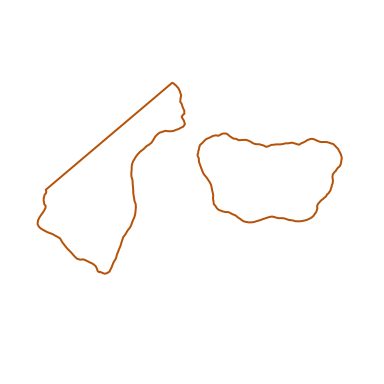 the district of North Thiladhunmathe, Maldives, rotated 140°
{"feature_id": "70690204B83662482201246", "entity_name": "North Thiladhunmathe", "entity_type": "district", "adm_level": 2, "iso_a3": "MDV", "parent_name": "Maldives", "parent_adm1": "", "projection": "mercator", "projection_center": [72.988, 6.959], "detail": "fine", "context": "isolated", "style": "outline", "palette": "amber", "viewbox_px": 384, "rotation_deg": 140, "n_neighbors": 0, "source": "geoboundaries", "source_scale": "gbopen_adm2", "svg_char_len": 4115}
<svg xmlns="http://www.w3.org/2000/svg" viewBox="0 0 384 384"><g transform="rotate(140 192 192)"><path d="M302.4,287.7L303.5,285.8L304.5,285.0L306.5,284.7L308.1,283.6L309.6,282.5L311.0,281.0L312.1,279.1L313.0,277.5L313.0,275.6L314.3,274.1L317.5,272.7L320.0,272.0L322.8,271.3L325.4,270.5L328.4,269.1L330.8,266.8L331.6,264.1L331.4,261.8L330.6,259.1L328.7,254.4L327.2,251.7L325.9,249.5L324.8,246.4L323.7,243.7L322.9,241.2L323.3,238.9L323.7,236.6L323.8,233.5L323.9,231.1L323.9,228.4L323.6,225.1L323.4,222.4L323.4,219.6L323.3,217.4L322.9,214.7L321.9,213.2L321.4,212.3L320.7,211.7L318.5,210.2L317.2,207.7L315.5,203.7L314.3,201.3L313.7,198.8L313.5,197.0L313.9,195.1L314.7,193.0L315.1,191.8L314.6,190.3L313.7,189.8L312.8,188.0L311.6,185.7L309.5,184.5L306.3,184.1L301.8,186.1L298.6,187.9L296.3,188.9L293.8,189.7L291.9,190.7L289.8,192.3L287.4,193.5L284.8,195.0L281.2,196.8L278.3,198.8L273.7,201.6L270.2,202.4L266.4,203.8L262.6,204.6L260.4,205.4L256.2,207.9L252.4,209.7L249.7,211.6L247.4,213.8L244.6,216.6L242.7,219.3L242.0,221.7L239.9,225.2L237.9,228.6L235.7,231.4L234.0,233.8L232.4,236.1L229.9,239.4L228.5,242.7L226.6,245.2L223.6,248.2L222.0,250.1L220.1,251.8L217.3,253.4L214.0,254.5L211.7,255.3L209.2,255.8L207.7,256.0L206.0,256.2L201.7,256.0L197.3,256.4L194.7,255.9L191.3,255.8L188.0,256.8L184.5,258.1L181.3,258.4L178.8,258.3L175.9,257.1L172.9,255.9L172.0,254.7L169.9,252.7L167.4,250.9L164.5,249.9L161.4,248.8L158.5,248.2L156.6,247.7L153.9,248.5L152.4,251.7L151.9,255.0L151.5,256.3L149.5,256.9L147.6,256.9L145.6,259.3L144.8,262.5L143.2,266.4L143.0,268.7L140.5,271.2L138.2,273.0L136.6,276.8L135.7,280.3L135.8,282.3L135.8,284.1L136.2,285.9L136.4,287.3L137.1,288.4L302.4,287.7ZM183.0,166.4L183.3,164.1L183.3,162.7L182.9,160.7L182.1,159.6L181.4,158.1L180.6,157.0L179.2,155.0L177.9,154.0L176.8,152.8L176.2,151.4L175.6,149.8L174.8,148.0L174.2,147.2L173.7,146.0L173.4,144.4L173.2,143.2L172.8,141.6L172.3,140.2L171.8,137.9L171.1,136.0L169.5,134.0L168.2,132.4L167.3,131.6L165.1,129.9L163.4,129.0L161.2,128.1L159.0,127.1L157.5,126.5L155.2,125.7L151.7,124.3L148.5,123.0L146.4,121.7L144.9,119.7L144.1,118.4L142.3,116.1L139.8,114.1L138.0,112.1L136.8,110.0L135.7,108.3L134.1,106.6L133.2,105.6L132.2,104.2L131.5,103.0L130.1,101.9L128.5,100.4L126.3,99.0L124.1,97.8L122.0,96.8L118.7,95.9L116.7,95.6L114.4,95.6L111.6,96.4L109.9,96.8L108.2,97.7L106.7,98.7L105.9,99.9L105.3,100.7L104.3,101.3L103.1,101.9L100.5,102.3L98.0,102.6L96.3,102.4L94.7,102.6L92.8,102.4L91.3,102.8L90.0,103.3L88.0,103.3L86.6,103.8L85.3,104.1L84.7,104.4L83.1,105.5L81.8,106.2L80.5,107.3L79.0,108.1L77.7,109.1L76.6,110.3L75.7,111.7L74.8,113.2L73.7,114.2L72.6,115.1L71.2,115.4L69.8,115.7L68.4,115.7L66.8,116.3L64.4,116.8L62.6,116.7L60.7,117.4L59.1,118.5L57.5,120.0L55.6,121.6L54.6,123.2L53.8,125.1L53.3,126.9L52.9,129.0L52.4,131.3L52.6,133.6L52.7,135.8L53.0,138.1L54.2,139.7L54.8,140.9L55.8,142.4L56.7,143.7L57.8,144.6L59.1,145.8L60.6,146.9L61.5,148.0L62.2,149.0L62.9,150.4L63.5,151.5L64.3,153.3L64.9,154.4L66.0,155.7L67.3,156.5L68.7,157.0L70.1,157.6L72.2,157.8L73.7,158.1L74.9,158.4L77.2,159.1L79.6,159.4L81.0,161.5L82.5,163.8L83.9,165.8L85.2,166.3L87.7,168.0L89.1,169.2L90.9,170.0L93.3,171.4L95.1,172.8L95.9,173.6L97.7,174.9L98.6,175.4L99.7,176.2L100.6,176.9L103.1,177.7L104.5,178.1L106.0,178.9L106.5,179.6L107.3,181.7L108.4,183.2L109.6,185.1L110.9,186.3L112.0,187.3L113.0,188.5L113.8,190.0L114.1,190.7L114.9,193.2L115.8,195.0L117.0,197.1L118.7,198.5L120.1,199.6L121.3,200.4L122.6,201.4L123.3,202.5L124.1,204.5L125.7,206.0L126.3,207.2L126.7,208.8L127.2,210.4L127.8,214.1L129.3,215.8L130.8,216.9L132.1,217.4L134.0,217.7L135.8,218.2L136.6,219.3L137.5,220.2L139.5,221.3L141.1,221.8L143.2,222.2L145.0,222.8L147.1,223.4L149.7,223.3L152.5,222.9L155.3,222.9L157.3,221.9L158.9,220.5L160.7,219.4L162.4,217.8L163.8,217.0L164.6,215.7L164.8,214.7L165.3,213.1L166.0,212.4L167.2,210.7L168.1,208.5L168.8,206.5L169.5,204.6L170.5,201.8L171.1,199.8L171.5,198.0L171.5,196.1L171.5,194.1L171.7,191.8L172.1,188.4L172.8,185.2L174.2,182.6L176.1,179.1L177.3,176.7L178.6,175.0L179.8,173.9L180.9,172.2L182.0,170.3L183.1,168.6L183.0,166.4Z" fill="none" stroke="#b45309" stroke-width="2"/></g></svg>